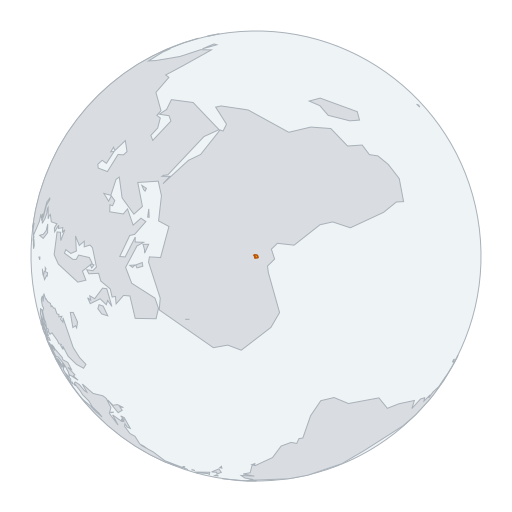 globe centered on Federal Capital Territory, rotated 263°
{"feature_id": "NGA-3470", "entity_name": "Federal Capital Territory", "entity_type": "State", "adm_level": 1, "iso_a3": "NGA", "parent_name": "Nigeria", "parent_adm1": "", "projection": "orthographic", "projection_center": [7.256, 8.878], "detail": "fine", "context": "on_globe", "style": "filled", "palette": "amber", "viewbox_px": 512, "rotation_deg": 263, "n_neighbors": 0, "source": "natural_earth", "source_scale": "10m", "svg_char_len": 8683}
<svg xmlns="http://www.w3.org/2000/svg" viewBox="0 0 512 512"><g transform="rotate(263 256 256)"><circle cx="256" cy="256" r="225" fill="#eef3f6" stroke="#a8b0b8"/><path d="M179.6,44.1L174.9,45.9L176.5,45.5L171.4,47.6L177.1,45.6L181.5,43.9L185.4,42.7L186.8,42.5L180.6,44.8L179.0,45.2L177.8,45.9L174.1,47.2L176.7,46.5L169.0,49.7L178.6,46.4L174.1,49.0L168.4,51.3L166.5,51.1L148.6,58.1L142.3,61.6L135.3,66.0L127.3,73.5L121.3,77.8L115.0,83.6L119.4,80.8L125.9,75.4L132.5,72.4L139.6,66.9L143.4,65.2L151.7,60.2L153.0,61.2L149.9,65.0L143.0,69.5L141.4,71.6L150.1,68.0L139.4,77.6L135.9,87.0L132.9,90.0L123.1,93.5L117.7,91.2L105.0,98.5L115.8,94.3L108.0,102.8L107.9,104.7L109.8,105.0L113.8,102.2L111.7,105.5L100.2,110.2L101.9,107.2L105.5,105.5L102.9,104.8L95.1,109.3L91.8,113.9L83.5,117.8L81.0,121.4L77.9,124.7L82.4,118.5L74.1,130.0L63.9,140.6L52.3,162.5L60.8,144.4L62.1,141.5L62.3,141.0L71.7,126.5L82.1,112.8L93.6,99.9L106.0,87.9L119.3,77.0L133.4,67.0L148.2,58.2L163.6,50.5L179.6,44.1ZM39.1,195.1L38.7,197.0L35.0,212.5L33.5,221.5L34.2,220.7L34.5,226.1L37.0,217.9L40.0,214.5L37.7,227.5L41.2,216.6L41.6,223.8L49.2,226.8L48.0,229.5L53.9,247.8L64.3,257.8L66.7,268.1L65.0,273.6L69.5,276.4L69.6,280.3L90.8,290.7L104.5,302.7L106.0,316.2L98.3,329.8L100.2,360.7L88.8,367.8L91.9,379.8L93.3,395.6L85.6,392.1L94.0,401.8L94.8,406.1L91.5,405.0L96.3,411.1L94.1,410.2L99.4,415.0L103.9,421.4L112.0,428.4L117.4,433.5L122.8,437.6L121.9,437.0L123.0,437.8L109.4,427.1L96.7,415.3L92.1,410.5L93.6,412.1L93.4,412.0L78.7,394.8L69.5,381.1L49.1,338.4L45.1,328.9L39.5,316.2L32.1,280.7L31.3,268.1L30.9,261.2L32.3,244.5L33.8,226.5L33.8,223.3L32.6,229.1L33.6,219.9L39.1,195.1ZM48.9,169.8L47.0,183.7L44.9,183.2L45.9,181.6L47.1,176.3L48.1,170.9L47.1,171.7L48.9,169.8ZM55.3,159.1L55.3,157.7L55.7,158.2L55.3,159.1ZM150.4,60.1L151.0,60.2L149.1,61.0L150.4,60.1ZM153.4,58.1L150.8,59.1L151.8,58.3L153.4,57.7L153.4,58.1ZM156.4,57.1L154.0,56.8L155.9,55.5L163.6,52.3L156.4,57.1ZM182.3,43.5L177.7,45.3L180.2,44.1L182.3,43.5ZM200.5,37.7L197.3,38.5L192.0,40.0L197.0,38.7L182.9,43.1L183.9,42.6L200.5,37.7ZM187.2,42.1L187.0,41.9L193.4,39.9L195.0,39.8L192.4,40.5L187.2,42.1ZM191.7,40.9L195.7,40.0L193.9,40.9L187.9,42.1L191.7,40.9ZM194.4,39.5L197.5,38.6L196.3,39.0L194.4,39.5ZM189.9,44.5L189.5,43.9L192.8,42.7L189.9,44.5ZM197.3,39.6L197.9,39.3L199.2,38.9L201.4,38.6L197.3,39.6ZM205.2,36.6L205.6,36.5L208.9,35.7L211.7,35.2L205.4,36.7L209.2,35.8L210.1,35.7L204.0,37.1L205.2,36.6ZM207.4,37.1L200.4,39.4L200.4,40.5L197.5,41.5L197.9,39.6L207.4,37.1ZM205.9,36.9L206.2,37.2L202.4,38.1L199.9,38.4L205.9,36.9ZM214.7,34.5L215.8,34.5L213.3,34.8L214.7,34.5ZM208.2,37.2L209.9,36.7L208.6,37.2L208.2,37.2ZM214.3,35.0L213.2,35.1L214.9,34.7L214.3,35.0ZM214.2,35.8L211.9,36.4L210.1,36.6L214.2,35.8ZM214.8,35.3L217.4,34.8L210.9,36.2L214.1,35.3L214.8,35.3ZM216.1,34.7L216.7,34.5L216.3,34.7L216.1,34.7ZM222.2,35.1L214.4,36.9L210.4,37.1L218.6,35.3L222.2,35.1ZM125.7,439.8L123.4,438.1L132.0,443.8L132.9,444.6L129.8,442.6L125.7,439.8ZM126.6,438.9L127.0,438.2L129.0,439.4L129.2,440.3L126.6,438.9ZM479.2,225.5L479.2,225.2L476.7,211.0L471.5,191.2L472.2,196.3L469.7,188.1L462.7,173.1L462.2,180.2L463.3,204.8L467.5,226.2L466.0,236.8L454.3,208.1L446.7,188.4L443.9,191.3L430.6,176.6L411.8,179.4L407.8,174.7L404.6,177.8L395.0,174.0L388.5,166.3L383.3,167.6L400.3,188.0L405.8,186.8L408.5,177.4L412.4,185.2L421.5,191.1L416.0,212.3L385.9,234.7L380.9,218.9L347.4,178.5L347.3,173.7L347.0,173.2L346.5,172.3L345.6,180.2L339.1,172.5L359.2,200.6L363.5,213.4L385.5,235.7L384.0,238.5L390.4,242.8L408.7,234.1L409.2,239.6L401.9,266.0L374.8,303.6L377.3,326.1L373.4,345.8L354.0,360.3L353.2,374.9L342.8,380.9L340.5,389.2L330.7,398.5L315.4,407.6L292.0,409.1L292.5,401.9L283.8,388.0L272.5,353.1L280.5,336.2L279.2,323.3L262.1,295.1L266.0,278.8L260.9,272.1L250.7,274.1L244.6,266.2L238.2,266.2L197.0,272.5L183.3,262.1L164.3,229.9L171.0,217.1L170.2,202.5L214.3,153.4L225.8,155.8L263.0,148.6L268.1,150.1L266.1,161.1L295.9,173.2L302.7,163.6L327.4,169.5L342.2,168.1L343.4,147.6L319.0,149.3L312.4,139.9L330.0,130.2L351.0,129.9L349.1,126.4L333.9,119.3L336.7,112.6L328.4,116.4L333.3,119.7L328.2,122.6L323.4,119.8L324.6,117.3L317.7,116.2L313.9,129.4L318.4,134.2L301.6,137.8L307.5,146.4L303.6,150.9L292.2,138.1L291.8,133.2L272.1,120.7L271.0,126.0L289.5,138.5L284.6,137.7L283.3,146.1L280.5,139.1L260.6,125.2L244.1,129.3L226.5,150.6L216.1,152.8L205.9,149.2L208.8,128.5L231.7,126.0L233.0,119.7L225.5,111.3L233.0,111.6L232.8,108.2L241.1,107.3L250.0,98.9L258.0,97.7L258.7,88.0L263.0,86.3L261.3,92.3L264.5,96.3L284.2,94.7L287.1,92.5L286.0,86.6L291.6,87.4L288.0,81.9L297.9,79.3L282.8,78.3L281.1,72.5L285.5,68.0L282.2,66.2L275.0,73.8L274.5,77.1L278.5,80.1L274.8,90.4L268.7,92.5L262.2,81.9L252.7,84.2L251.8,75.9L272.1,58.8L281.9,55.8L304.1,61.5L303.4,64.8L295.1,64.1L305.3,69.5L303.2,66.7L307.8,67.7L307.4,63.3L310.6,63.9L304.6,59.1L308.5,59.3L312.3,62.3L314.9,57.0L322.3,57.0L321.3,55.7L318.2,54.2L329.7,55.7L328.5,54.7L324.2,53.7L319.1,51.3L314.4,47.8L318.6,48.4L320.9,49.8L332.0,54.2L337.3,58.3L338.6,58.3L334.9,54.9L321.4,49.5L317.4,47.3L324.0,49.4L321.3,48.4L320.6,47.6L323.9,47.6L316.7,45.2L303.6,37.6L308.7,37.7L316.0,39.9L311.4,37.6L312.6,38.0L328.5,42.7L344.1,48.6L359.1,55.7L373.6,63.9L387.5,73.0L400.6,83.2L412.9,94.4L424.4,106.4L435.0,119.2L444.6,132.8L453.2,147.0L460.7,161.8L467.0,177.2L472.3,193.0L476.3,209.1L479.2,225.5ZM201.8,177.9L201.3,182.3L201.8,177.9ZM375.3,140.7L386.5,140.4L377.8,128.7L381.4,127.9L377.1,124.5L377.1,127.9L366.2,118.8L369.7,115.0L366.4,110.2L362.5,110.1L357.9,118.8L373.6,131.5L372.5,136.7L375.3,140.7ZM49.5,226.7L50.1,229.6L48.7,229.2L49.5,226.7ZM43.0,188.1L43.4,189.1L43.0,191.4L42.4,191.5L43.0,188.1ZM50.3,194.2L51.5,196.1L49.5,196.3L50.3,194.2ZM47.1,185.6L49.2,193.2L45.5,195.2L44.4,190.7L46.1,190.7L47.1,185.6ZM51.7,165.8L51.6,167.1L50.5,169.3L51.7,165.8ZM55.6,159.5L55.3,159.5L56.1,157.5L55.6,159.5ZM108.7,102.5L109.6,102.2L110.8,103.2L108.7,104.2L108.7,102.5ZM125.4,100.4L121.7,105.9L122.9,102.4L119.2,104.4L117.3,100.1L131.3,91.2L125.3,95.8L125.4,100.4ZM118.6,92.7L118.3,95.9L118.1,92.8L118.6,92.7ZM223.0,92.6L226.8,94.3L224.9,98.2L214.7,101.6L217.3,95.8L223.0,92.6ZM232.5,96.1L228.9,85.7L235.1,83.8L232.3,86.5L236.7,86.2L233.3,90.7L242.8,99.8L241.7,103.9L223.5,106.8L230.0,103.3L225.9,101.5L232.5,96.1ZM208.8,68.4L207.3,65.5L222.6,64.8L222.3,67.7L212.1,70.8L206.5,69.2L208.8,68.4ZM170.3,52.2L168.8,52.3L170.5,51.5L173.3,50.7L170.3,52.2ZM189.4,44.3L179.0,51.3L176.6,51.6L173.3,56.2L165.9,59.0L168.3,55.8L160.1,61.8L159.3,60.1L154.4,64.3L160.6,56.8L159.5,56.1L163.5,55.7L170.4,53.0L173.0,51.7L179.7,47.4L180.9,45.1L187.8,42.7L192.5,41.6L193.3,41.7L188.5,43.1L193.0,42.4L186.7,44.6L189.4,44.3ZM242.6,39.1L236.7,39.1L244.6,40.9L238.4,42.0L239.7,42.1L236.1,43.7L234.0,46.2L230.8,46.5L231.4,47.4L229.0,48.7L228.7,50.1L222.8,51.4L222.0,53.3L219.7,52.9L219.8,56.0L217.1,54.3L213.8,56.3L218.2,56.9L187.5,63.4L176.7,68.5L169.2,74.0L165.6,71.2L170.3,64.6L179.4,57.3L190.3,53.2L186.7,53.1L190.9,51.2L192.0,52.1L192.8,49.7L196.5,48.5L204.6,44.1L203.4,42.0L206.3,40.7L208.7,40.9L210.0,39.4L216.4,39.1L218.6,38.2L227.1,37.4L230.3,38.9L232.6,37.9L239.2,37.6L242.6,39.1ZM224.6,34.9L229.9,35.7L229.0,36.8L214.5,37.9L211.6,38.8L202.2,40.2L203.7,38.6L206.2,38.3L209.0,37.7L207.4,38.4L210.8,37.3L214.4,37.0L218.0,36.2L218.7,36.6L224.6,34.9ZM272.4,145.8L276.0,146.1L281.4,145.3L280.7,150.9L272.4,145.8ZM258.7,136.4L261.8,135.5L263.4,142.3L259.6,142.4L258.7,136.4ZM262.1,129.6L261.8,134.9L259.7,132.1L262.1,129.6ZM264.1,91.5L267.2,90.5L268.1,91.9L266.9,94.1L264.1,91.5ZM264.8,47.1L261.6,46.3L262.2,45.8L258.3,43.3L262.6,42.7L266.7,44.0L264.8,47.1ZM340.0,151.3L336.5,155.5L333.9,153.8L335.6,152.6L340.0,151.3ZM307.8,153.2L315.8,155.3L307.5,154.7L307.8,153.2ZM268.9,46.0L266.7,45.0L270.2,45.4L268.9,46.0ZM265.5,42.2L269.4,42.4L262.7,42.3L265.5,42.2ZM387.1,433.9L385.8,436.0L383.8,436.7L387.1,433.9ZM404.9,338.9L386.9,374.1L378.3,375.3L378.7,365.7L386.8,344.8L397.4,337.7L403.3,327.7L404.9,338.9ZM481.1,246.7L480.1,235.9L480.3,235.5L480.5,236.8L481.1,246.7ZM468.2,228.1L471.6,240.2L470.4,242.9L468.2,228.1ZM302.9,43.8L303.5,47.6L306.8,50.9L313.2,53.2L304.5,52.0L299.4,46.9L302.9,43.8ZM303.1,38.1L297.5,36.7L299.6,36.8L301.2,37.1L303.1,38.1ZM299.9,37.6L293.6,37.2L290.3,36.1L295.9,36.6L299.9,37.6ZM281.4,40.4L281.3,41.4L278.5,40.9L281.4,40.4Z" fill="#d9dde1" stroke="#a8b0b8" stroke-width="1"/><path d="M254.9,257.8L254.7,257.9L254.4,257.9L254.2,257.8L254.1,257.7L254.0,254.8L254.1,254.7L254.9,254.6L255.1,254.7L255.5,255.0L256.2,254.4L256.6,254.3L256.8,254.3L257.0,254.3L257.1,254.1L257.3,254.3L257.4,254.5L257.2,255.0L257.2,255.3L257.2,255.7L257.0,256.5L256.8,256.9L256.7,257.2L256.5,257.3L256.0,257.6L255.5,257.7L254.9,257.8Z" fill="#f59e0b" stroke="#b45309" stroke-width="1.5"/></g></svg>